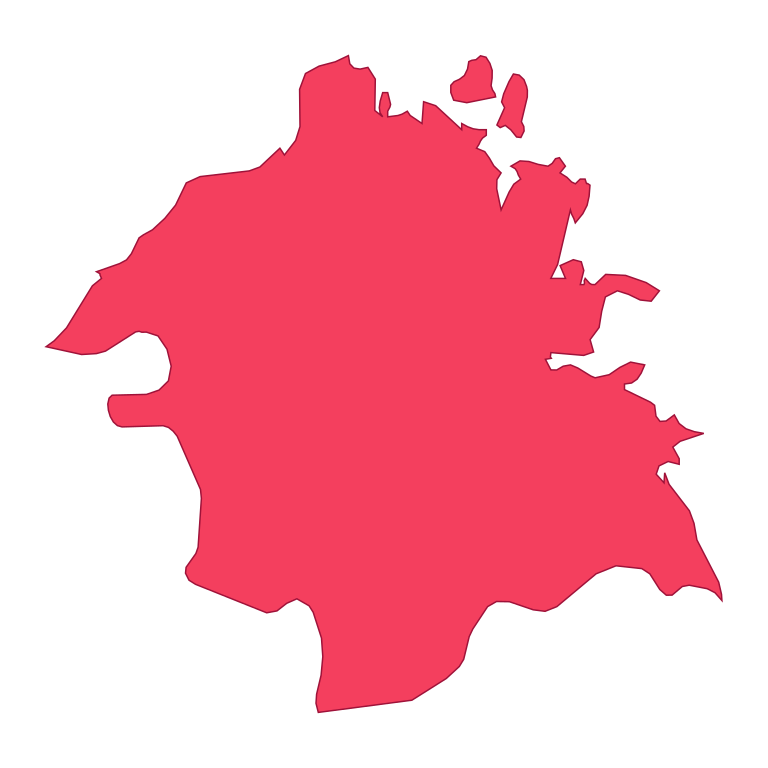 map outline of Olbia-Tempio (Natural Earth projection)
{"feature_id": "ITA-5375", "entity_name": "Olbia-Tempio", "entity_type": "Province", "adm_level": 1, "iso_a3": "ITA", "parent_name": "Italy", "parent_adm1": "", "projection": "natural_earth1", "projection_center": [9.374, 40.9], "detail": "fine", "context": "isolated", "style": "filled", "palette": "rose", "viewbox_px": 768, "rotation_deg": 0, "n_neighbors": 0, "source": "natural_earth", "source_scale": "10m", "svg_char_len": 3541}
<svg xmlns="http://www.w3.org/2000/svg" viewBox="0 0 768 768"><path d="M46.1,346.7L54.2,340.8L66.5,327.9L92.4,285.8L101.5,278.4L100.0,275.0L100.0,273.9L99.5,273.4L96.5,271.7L119.6,263.6L126.5,259.9L131.4,253.7L139.1,237.8L143.6,234.7L152.5,229.8L164.8,218.4L175.6,205.1L186.3,182.9L200.1,176.6L249.3,170.9L259.9,167.0L279.9,148.2L284.4,155.0L295.7,140.4L300.0,126.6L299.6,89.3L305.5,73.5L319.1,66.1L335.3,61.8L348.4,55.6L349.8,63.8L353.9,68.1L360.1,69.1L367.9,67.4L375.3,79.1L374.8,110.5L382.7,116.8L380.0,112.7L379.3,107.6L380.2,101.1L382.7,92.6L387.7,92.6L390.6,104.4L389.9,107.1L387.7,111.2L387.7,116.8L398.0,115.5L402.2,114.1L407.3,111.2L410.2,115.5L422.0,123.5L423.6,101.7L435.7,105.7L461.7,129.7L461.7,123.5L467.8,126.8L473.2,128.8L479.1,129.7L486.3,129.7L486.3,135.3L482.5,138.1L480.5,141.0L479.0,144.3L476.5,148.2L484.8,151.7L489.4,158.2L493.8,165.8L501.1,172.9L496.9,179.7L496.7,188.8L501.1,209.9L509.2,191.9L513.8,184.2L520.7,179.1L518.3,175.0L517.1,171.6L515.2,168.7L510.9,166.2L520.0,160.9L528.9,161.5L538.2,164.4L548.0,166.2L552.2,163.4L555.5,158.7L559.4,157.7L565.4,166.2L560.0,172.9L566.9,177.3L571.6,182.0L575.4,183.8L580.2,179.1L585.1,179.1L586.3,183.0L586.7,183.6L587.6,183.5L590.0,185.2L589.1,196.3L587.1,205.3L582.8,213.7L575.3,222.9L573.8,218.5L571.6,214.1L570.4,209.9L557.6,264.5L550.8,278.4L565.5,278.4L560.1,265.6L573.3,259.7L581.3,261.8L583.8,270.5L580.3,284.6L583.9,284.6L584.5,283.1L584.2,280.8L585.2,278.4L589.6,283.3L591.7,284.5L595.0,284.6L605.7,274.4L625.6,275.4L646.2,282.6L659.4,290.8L651.2,301.2L640.2,300.0L628.4,294.3L617.4,290.8L605.4,296.9L601.7,311.3L599.1,327.5L590.1,339.6L593.6,352.0L583.7,355.4L550.9,352.6L550.4,357.0L551.3,358.3L545.4,359.3L550.9,369.9L556.7,370.0L563.2,366.2L570.5,364.9L577.8,368.0L590.8,376.0L595.1,377.8L609.2,374.7L619.9,367.4L630.6,362.1L644.7,364.9L641.2,373.1L637.1,379.2L631.6,383.0L624.5,384.0L624.5,389.6L650.5,402.2L654.6,405.3L656.0,416.2L660.0,421.4L666.1,421.0L674.3,414.9L679.1,423.5L686.0,428.8L694.4,431.7L703.8,433.4L680.1,441.3L672.8,447.1L679.2,458.7L679.2,464.3L668.1,461.5L659.0,465.9L656.2,474.2L664.0,482.8L664.7,472.8L669.1,484.4L689.4,510.8L694.0,523.3L696.9,539.9L718.7,582.2L721.5,594.3L721.9,600.5L715.0,592.7L707.2,588.7L689.2,585.2L682.3,586.5L672.1,595.1L666.3,595.2L659.8,589.5L649.8,573.8L641.8,568.6L616.0,565.8L596.1,573.8L556.9,606.6L545.1,611.3L533.2,609.8L509.4,601.7L496.5,601.5L487.6,606.6L472.8,629.0L469.2,636.6L463.7,659.3L459.3,666.5L446.4,678.4L411.9,700.2L318.3,712.4L316.0,703.3L316.6,694.2L321.1,675.2L322.8,656.7L321.5,638.1L313.2,612.3L309.1,605.8L296.9,598.8L286.7,603.3L277.0,610.9L266.7,612.8L195.5,584.3L189.0,580.2L185.5,573.2L186.1,567.3L195.9,553.5L198.1,547.2L201.4,498.4L200.5,489.5L177.2,436.2L173.2,431.2L168.5,427.4L163.1,425.7L122.0,426.9L117.4,425.6L113.4,422.0L110.3,416.6L108.4,410.3L107.8,404.0L109.1,398.1L112.1,395.2L146.5,394.4L159.0,390.1L168.4,380.9L171.2,366.2L167.0,349.2L158.0,335.9L146.3,332.1L141.8,332.2L139.1,331.3L135.6,331.9L105.5,351.1L96.4,353.6L81.6,354.5L46.1,346.7ZM492.5,89.9L494.9,93.6L495.6,96.9L466.8,102.7L453.7,100.2L450.8,92.5L450.8,85.3L454.1,81.7L459.4,79.3L464.4,75.5L467.5,69.1L468.8,61.6L471.8,60.3L476.0,59.7L480.5,55.8L486.0,57.2L489.9,63.4L492.2,70.4L492.1,78.1L491.1,85.7L492.5,89.9ZM524.0,79.7L526.6,86.5L527.4,90.4L527.3,97.0L521.4,121.7L523.8,126.5L524.1,131.0L520.9,137.5L516.6,137.0L510.8,129.8L505.3,125.4L500.2,127.6L496.9,125.0L504.6,107.7L501.6,101.9L503.7,93.8L509.0,81.6L513.4,74.0L519.2,75.1L524.0,79.7Z" fill="#f43f5e" stroke="#9f1239" stroke-width="1.5"/></svg>